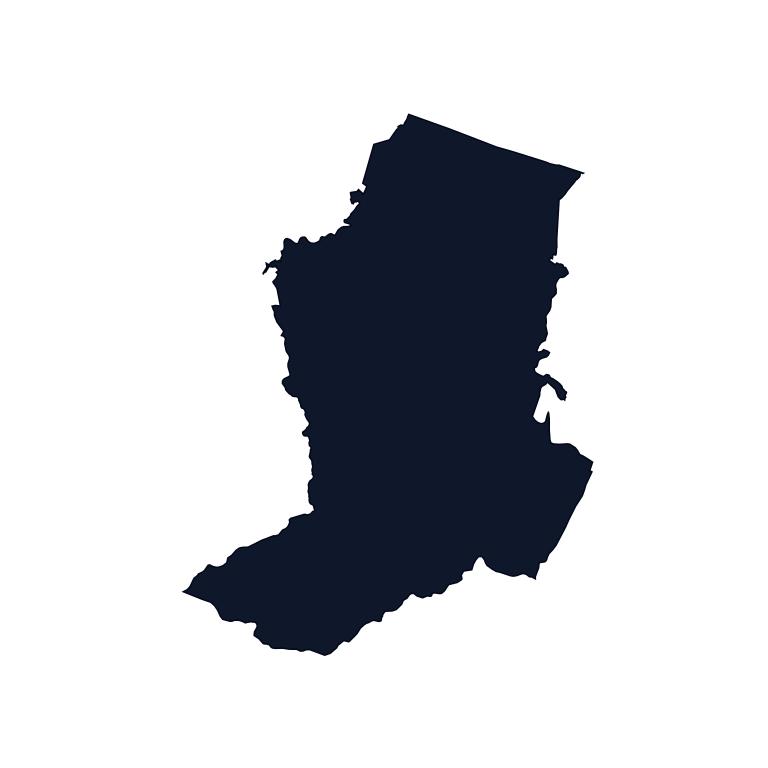 outline of Hai Lang, Quảng Trị, Vietnam, rotated 337°
{"feature_id": "81297802B74996211829814", "entity_name": "Hai Lang", "entity_type": "district", "adm_level": 2, "iso_a3": "VNM", "parent_name": "Vietnam", "parent_adm1": "Quảng Trị", "projection": "natural_earth1", "projection_center": [107.247, 16.684], "detail": "fine", "context": "isolated", "style": "filled", "palette": "ink", "viewbox_px": 768, "rotation_deg": 337, "n_neighbors": 0, "source": "geoboundaries", "source_scale": "gbopen_adm2", "svg_char_len": 6171}
<svg xmlns="http://www.w3.org/2000/svg" viewBox="0 0 768 768"><g transform="rotate(337 384 384)"><path d="M223.5,610.5L229.4,610.9L237.4,608.3L239.4,606.6L246.1,604.6L247.3,604.8L250.6,607.4L251.5,607.4L261.5,603.3L266.9,599.5L271.7,597.8L274.3,597.4L277.1,597.6L279.7,597.2L282.3,597.5L286.3,600.5L288.4,600.9L289.1,600.4L290.5,598.1L291.7,597.4L292.6,595.9L295.2,594.2L296.4,593.8L297.6,594.1L302.9,596.1L307.1,596.4L314.1,593.7L317.2,590.7L321.5,590.1L325.3,587.8L327.0,587.6L329.4,588.1L331.7,592.2L336.1,595.9L341.2,596.0L344.0,597.7L345.2,597.3L346.6,595.5L349.1,596.1L353.4,598.7L355.2,599.2L358.7,598.1L365.1,593.9L374.0,595.3L378.7,594.4L379.6,593.9L380.3,590.6L380.7,590.0L383.0,588.1L384.7,587.4L392.2,589.3L395.8,584.9L400.0,581.6L403.1,580.1L404.3,580.1L406.1,580.7L406.9,581.7L407.8,585.0L407.6,588.5L408.0,591.3L411.3,596.7L414.1,600.4L417.1,602.5L425.8,610.1L428.2,611.5L431.3,612.2L436.8,612.5L439.1,613.4L440.9,615.2L442.5,618.2L444.8,619.5L447.2,622.5L447.9,620.6L454.5,613.6L456.5,609.9L457.5,609.2L462.0,610.4L463.3,610.4L464.8,609.5L467.1,606.8L469.6,604.6L474.8,602.3L479.4,599.6L494.9,586.9L501.7,580.6L512.8,571.2L522.7,564.5L526.8,560.1L530.4,555.7L541.1,546.1L539.5,544.2L545.5,537.4L539.1,528.1L536.6,525.5L536.1,520.9L535.2,517.5L531.5,512.0L529.8,510.9L521.7,508.0L517.9,506.1L516.3,505.2L514.6,503.3L514.9,500.4L518.1,491.0L522.4,480.9L524.2,475.2L524.1,474.4L522.1,476.4L518.1,481.7L516.3,482.4L514.6,482.3L512.6,481.6L510.3,479.2L508.8,476.2L507.9,471.9L522.8,455.4L524.1,452.6L526.7,448.9L528.4,447.9L532.7,447.4L534.4,446.1L535.7,447.1L539.7,455.9L539.4,463.8L540.7,467.4L541.8,468.0L543.2,468.0L544.1,469.4L544.9,467.9L546.1,467.3L546.2,465.4L548.6,463.3L548.6,462.3L547.6,461.2L547.4,459.5L546.7,458.2L546.5,457.4L546.9,455.9L546.0,452.9L544.3,449.5L541.7,445.5L539.5,443.1L539.5,440.7L538.6,439.6L537.0,438.7L534.6,439.4L533.2,439.1L529.6,435.1L528.2,432.9L527.7,431.6L528.1,428.7L528.8,427.9L531.1,427.8L532.8,426.2L534.6,423.6L536.7,422.2L539.6,422.0L544.2,422.5L546.1,421.9L548.6,419.8L547.6,417.9L544.3,414.7L542.1,415.6L538.8,415.2L538.0,414.4L537.8,412.5L539.9,411.1L541.1,409.5L544.5,407.5L546.5,407.0L549.5,406.9L550.8,404.9L554.0,401.4L555.6,393.8L557.8,390.0L559.6,384.5L565.3,380.9L567.6,378.3L571.3,370.8L577.2,368.3L578.0,367.6L579.5,364.1L580.1,361.0L581.5,358.5L586.0,355.1L588.0,354.7L589.9,355.6L592.2,355.7L596.7,354.2L597.1,352.8L596.8,348.5L596.4,347.5L594.9,346.7L595.2,344.5L593.7,342.7L591.8,341.9L590.4,340.1L588.5,340.9L588.1,340.8L584.5,335.2L586.2,332.8L588.0,334.5L590.1,330.7L592.4,332.4L593.5,331.2L595.8,326.5L596.4,326.0L599.6,318.2L617.1,282.9L620.5,281.9L624.7,280.0L628.5,277.5L638.8,272.3L640.0,271.1L641.0,271.3L644.8,269.8L645.9,268.7L647.2,266.3L648.2,266.8L649.1,267.9L649.9,267.8L630.7,251.0L627.9,249.8L623.0,246.2L620.3,243.5L594.5,221.5L580.0,209.7L543.7,174.6L512.1,145.5L509.9,147.6L508.8,149.1L505.1,151.7L503.6,153.2L502.7,153.4L500.6,152.2L497.6,152.5L496.7,154.6L495.3,154.6L484.5,161.4L468.3,159.5L442.9,190.9L445.3,194.9L445.3,195.6L441.9,198.8L439.2,201.1L436.5,195.1L434.3,196.3L428.3,194.7L427.8,194.9L426.7,200.0L425.4,200.9L425.1,205.1L426.1,206.1L428.1,204.6L428.5,204.6L429.2,205.4L431.3,205.6L431.9,206.3L432.4,208.3L428.7,209.8L424.9,212.4L419.6,214.7L419.7,215.6L413.9,218.1L412.0,217.4L411.3,217.8L410.8,219.3L411.0,220.0L414.9,223.2L415.3,224.0L415.1,225.5L412.7,225.1L408.2,223.4L405.9,223.2L402.0,224.3L397.2,227.9L396.4,227.8L394.2,225.1L393.0,224.7L391.1,224.8L387.2,226.0L384.7,224.4L383.8,224.2L382.5,225.0L380.8,227.1L376.7,227.5L374.5,227.2L371.9,225.8L370.6,224.2L369.9,223.0L369.0,218.8L368.2,217.7L366.0,216.9L364.4,217.1L363.0,217.9L360.5,220.5L359.4,220.9L358.3,220.7L356.8,219.4L354.1,214.6L351.7,212.3L350.5,212.0L348.9,212.5L347.6,213.9L345.7,219.1L344.6,220.8L342.8,221.8L341.3,221.7L340.7,225.6L340.3,226.4L338.2,228.1L337.2,231.0L336.2,229.2L333.0,229.4L332.5,227.5L326.8,228.1L325.0,229.6L322.8,226.8L321.9,230.6L315.9,234.8L316.0,235.4L318.3,234.0L318.8,234.7L324.1,230.9L327.5,233.0L330.5,233.3L330.2,234.0L330.5,234.9L331.9,238.1L328.4,239.1L329.5,241.7L325.3,245.1L321.8,246.4L321.6,247.5L322.7,252.6L322.7,255.0L319.1,271.8L314.8,269.3L311.4,268.6L311.2,273.1L311.7,273.1L311.5,274.5L309.9,278.1L309.7,285.1L312.3,296.4L308.5,299.3L309.9,300.4L310.6,301.6L311.1,303.6L308.4,308.1L306.9,315.2L307.1,317.4L307.7,319.8L307.7,321.7L307.3,323.4L303.5,327.9L302.4,330.6L301.5,338.1L300.9,339.4L299.3,340.0L294.5,340.2L292.6,340.9L291.4,342.2L290.7,343.9L291.7,348.2L291.4,351.4L293.1,356.2L294.1,356.8L294.6,358.7L295.5,359.8L299.0,361.7L299.9,363.9L299.2,365.8L299.3,369.8L298.7,372.4L298.9,373.9L300.4,375.3L300.9,377.6L300.4,380.0L299.3,381.3L299.3,385.6L300.3,390.6L299.4,392.3L297.7,393.7L296.1,394.0L294.5,395.5L290.5,396.5L290.1,397.0L289.8,398.5L290.2,400.3L291.8,401.4L293.6,401.8L294.0,404.2L293.5,407.5L292.2,408.5L291.3,411.4L292.1,413.7L292.1,414.7L290.7,415.6L290.1,417.1L287.0,421.6L286.9,422.5L287.7,426.3L286.5,430.0L286.3,432.0L284.1,435.0L283.7,436.1L283.9,437.2L282.7,438.9L283.3,441.2L281.6,443.3L278.1,444.3L276.7,445.2L275.1,447.0L274.0,450.4L272.1,453.5L271.9,456.2L270.8,458.6L270.8,460.3L270.0,460.9L269.2,463.8L269.6,465.6L271.1,467.2L271.5,468.2L270.9,473.0L269.8,473.9L268.5,473.5L266.1,474.7L264.4,474.9L262.0,474.5L260.4,473.1L259.3,472.8L245.6,471.2L243.8,472.0L243.1,474.7L240.6,477.1L238.9,478.2L236.4,478.8L233.7,478.8L228.0,481.8L224.1,481.2L223.1,480.6L210.8,480.1L195.2,481.1L189.6,479.0L186.5,478.5L182.7,479.4L176.9,482.2L172.3,483.1L169.4,487.2L164.5,488.4L160.6,488.1L158.1,487.3L155.1,485.1L152.9,482.4L151.3,482.1L145.9,485.5L143.6,486.2L139.0,486.4L136.5,487.8L133.3,488.5L126.4,494.6L122.7,496.4L118.1,496.8L132.8,511.4L139.2,517.1L141.5,521.9L142.5,527.3L142.6,533.8L143.6,537.6L149.1,541.9L151.2,542.9L154.3,543.1L158.2,544.9L161.1,547.4L162.9,549.6L168.0,550.6L172.6,553.1L173.1,555.2L172.8,557.1L172.0,558.4L168.1,561.4L166.3,564.3L166.4,565.1L169.4,569.6L171.3,575.5L172.1,576.4L174.4,577.5L176.5,579.2L177.3,582.3L178.3,583.5L180.7,584.9L187.3,587.5L193.4,591.2L199.9,594.0L202.7,597.2L205.5,598.2L208.0,598.1L211.6,599.3L223.5,610.5Z" fill="#0f172a" stroke="#020617" stroke-width="1.5"/></g></svg>